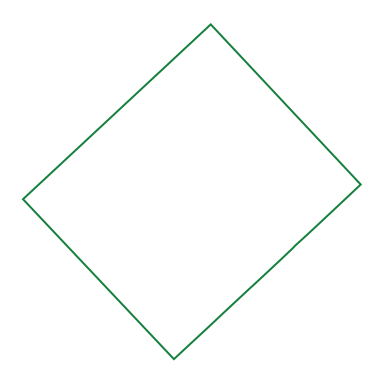 Greeley, Kansas, United States of America, rotated 227°
{"feature_id": "52423323B71873667650534", "entity_name": "Greeley", "entity_type": "district", "adm_level": 2, "iso_a3": "USA", "parent_name": "United States of America", "parent_adm1": "Kansas", "projection": "mercator", "projection_center": [-102.007, 38.481], "detail": "fine", "context": "isolated", "style": "outline", "palette": "green", "viewbox_px": 384, "rotation_deg": 227, "n_neighbors": 0, "source": "geoboundaries", "source_scale": "gbopen_adm2", "svg_char_len": 414}
<svg xmlns="http://www.w3.org/2000/svg" viewBox="0 0 384 384"><g transform="rotate(227 192 192)"><path d="M82.0,113.3L82.1,133.1L82.1,146.5L82.1,155.3L82.1,167.1L82.0,177.8L82.0,208.3L82.2,228.2L82.4,230.5L82.2,248.9L82.3,291.2L82.4,316.7L82.4,320.5L301.8,320.0L302.0,63.5L82.1,64.8L82.1,70.1L82.1,71.2L82.1,77.9L82.1,78.1L82.1,81.2L82.0,113.3L82.0,113.3Z" fill="none" stroke="#15803d" stroke-width="2"/></g></svg>